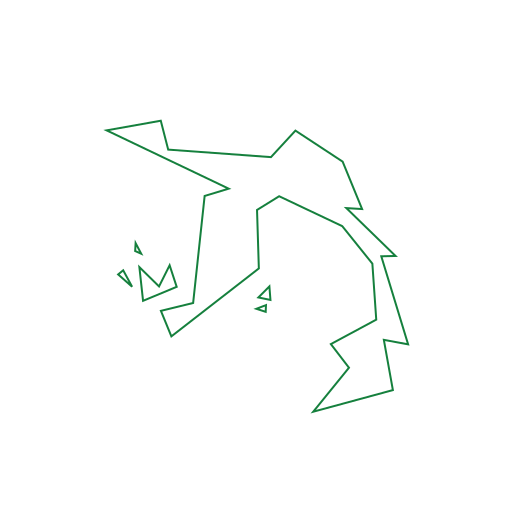 Sulawesi Tengah, Equal Earth projection, rotated 146°
{"feature_id": "IDN-557", "entity_name": "Sulawesi Tengah", "entity_type": "Province", "adm_level": 1, "iso_a3": "IDN", "parent_name": "Indonesia", "parent_adm1": "", "projection": "equal_earth", "projection_center": [121.786, -0.946], "detail": "coarse", "context": "isolated", "style": "outline", "palette": "green", "viewbox_px": 512, "rotation_deg": 146, "n_neighbors": 0, "source": "natural_earth", "source_scale": "10m", "svg_char_len": 768}
<svg xmlns="http://www.w3.org/2000/svg" viewBox="0 0 512 512"><g transform="rotate(146 256 256)"><path d="M243.2,141.1L191.9,136.0L163.8,184.6L167.8,232.5L203.4,292.6L229.4,293.6L260.6,244.1L371.1,236.7L365.5,263.7L334.4,252.2L265.0,334.5L241.0,327.1L309.6,443.7L259.3,421.4L269.3,393.3L188.3,329.6L153.2,337.9L131.4,285.8L141.8,235.6L154.3,245.2L140.3,178.0L152.3,185.7L179.3,97.7L196.9,115.0L217.5,68.3L295.6,94.9L241.4,111.4L243.2,141.1ZM374.7,282.0L358.9,312.0L353.4,285.0L332.8,296.6L339.0,274.8L374.7,282.0ZM375.9,299.8L380.6,317.8L374.1,318.4L375.9,299.8ZM268.6,211.5L277.2,220.3L261.9,223.3L268.6,211.5ZM279.2,204.3L285.2,212.0L275.2,209.7L279.2,204.3ZM349.9,322.1L353.4,327.7L348.6,334.0L349.9,322.1Z" fill="none" stroke="#15803d" stroke-width="2"/></g></svg>